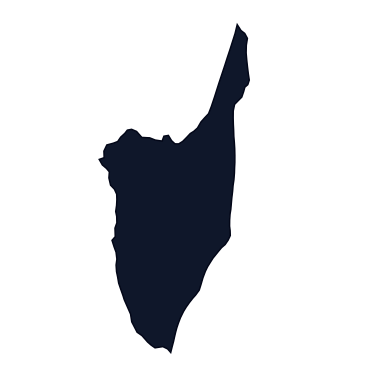 the district of Marataízes, Espírito Santo, Brazil, rotated 344°
{"feature_id": "56859067B39153439684359", "entity_name": "Marataízes", "entity_type": "district", "adm_level": 2, "iso_a3": "BRA", "parent_name": "Brazil", "parent_adm1": "Espírito Santo", "projection": "robinson", "projection_center": [-40.886, -21.093], "detail": "fine", "context": "isolated", "style": "filled", "palette": "ink", "viewbox_px": 384, "rotation_deg": 344, "n_neighbors": 0, "source": "geoboundaries", "source_scale": "gbopen_adm2", "svg_char_len": 1744}
<svg xmlns="http://www.w3.org/2000/svg" viewBox="0 0 384 384"><g transform="rotate(344 192 192)"><path d="M101.8,216.4L102.0,223.2L102.4,229.0L101.3,235.8L98.9,241.3L97.5,247.8L97.1,253.2L96.4,259.4L96.7,265.8L97.1,272.5L97.2,276.9L99.3,292.4L98.3,300.2L100.6,311.7L104.3,316.2L108.0,324.0L110.5,327.9L113.5,331.6L121.4,332.6L125.3,336.1L127.3,340.4L130.3,335.2L133.1,330.5L135.3,326.4L137.6,322.3L140.0,318.3L142.9,314.1L146.2,309.7L150.9,304.5L154.7,301.0L159.2,297.4L163.5,294.3L167.0,292.1L171.9,288.3L175.2,283.3L178.9,277.4L183.0,271.9L186.5,268.0L190.5,264.4L194.0,261.3L197.7,258.7L201.4,256.1L205.1,253.6L209.4,251.6L213.5,248.2L216.8,244.4L218.0,239.6L218.7,235.2L220.5,229.2L222.5,223.7L224.6,219.2L226.2,215.0L228.5,209.0L231.3,202.3L233.3,197.0L235.7,191.7L238.0,185.5L239.6,180.5L241.3,175.5L243.3,168.6L245.0,162.1L246.4,155.8L247.6,149.8L249.1,143.9L250.4,138.3L252.0,132.1L254.0,125.4L257.1,119.5L261.3,117.1L266.0,114.5L269.4,109.6L271.7,105.8L275.2,104.2L277.9,100.2L278.7,94.0L279.8,87.1L281.0,80.2L282.4,73.1L284.7,65.8L287.6,59.6L286.4,54.1L283.6,50.3L281.6,43.6L277.1,51.5L268.0,65.2L262.6,73.1L258.8,78.8L247.6,95.2L239.9,106.8L234.2,115.1L229.5,121.3L224.9,124.0L220.0,127.1L214.9,132.0L210.4,134.2L206.5,135.3L202.0,138.0L197.0,140.8L192.5,142.1L188.9,141.0L186.5,137.0L184.9,131.1L180.4,130.6L177.3,134.8L171.1,132.0L166.3,128.3L158.8,125.7L155.4,118.5L151.2,115.1L146.9,114.7L143.6,117.1L138.6,119.6L134.5,123.0L129.8,123.4L123.1,123.3L118.6,128.4L117.0,134.8L111.8,135.1L113.3,141.3L116.2,145.6L118.1,149.8L116.0,155.6L115.6,163.0L118.2,167.9L119.0,173.3L117.7,178.6L115.8,184.1L113.3,189.7L112.9,194.7L111.3,200.9L108.0,205.5L105.9,213.8L101.8,216.4Z" fill="#0f172a" stroke="#020617" stroke-width="1.5"/></g></svg>